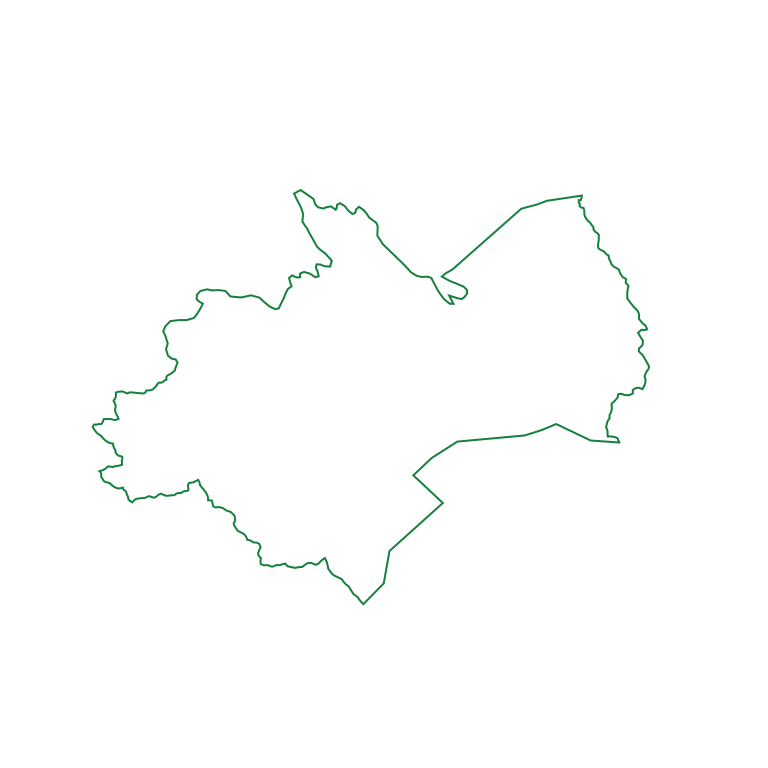 outline of Gua Musang, Kelantan, Malaysia, rotated 138°
{"feature_id": "92858781B67795542247557", "entity_name": "Gua Musang", "entity_type": "district", "adm_level": 2, "iso_a3": "MYS", "parent_name": "Malaysia", "parent_adm1": "Kelantan", "projection": "natural_earth1", "projection_center": [102.158, 5.006], "detail": "fine", "context": "isolated", "style": "outline", "palette": "green", "viewbox_px": 768, "rotation_deg": 138, "n_neighbors": 0, "source": "geoboundaries", "source_scale": "gbopen_adm2", "svg_char_len": 5554}
<svg xmlns="http://www.w3.org/2000/svg" viewBox="0 0 768 768"><g transform="rotate(138 384 384)"><path d="M248.5,182.3L246.8,187.6L247.4,189.1L249.4,192.1L252.8,195.3L249.2,199.8L247.6,203.6L245.6,204.8L242.5,206.9L239.4,207.5L237.3,209.9L234.2,211.1L230.9,213.4L228.3,217.0L224.7,217.0L219.6,217.6L216.5,219.7L214.2,217.9L212.6,214.9L209.5,211.7L205.4,210.5L203.1,213.1L199.5,212.5L196.9,210.5L195.4,207.2L190.0,209.3L186.9,212.0L185.1,215.5L181.3,217.3L177.4,218.2L175.3,219.7L174.6,222.3L172.5,231.8L172.8,237.8L170.7,239.8L167.4,239.8L165.1,240.4L162.5,243.1L162.0,247.0L160.9,252.0L156.3,252.0L155.0,250.2L151.9,248.5L150.6,252.3L151.2,256.5L150.9,261.8L147.8,265.1L146.5,268.6L146.8,274.0L146.5,279.6L146.0,284.7L142.9,288.2L139.8,291.2L136.7,293.3L136.7,297.4L133.9,300.1L135.2,304.2L134.1,309.1L132.9,311.5L133.4,314.0L134.6,316.9L134.9,320.3L133.9,323.1L132.8,326.7L131.1,329.4L132.0,331.7L131.8,335.1L133.4,339.1L133.8,341.6L132.6,343.5L130.6,345.2L128.5,346.9L124.5,351.1L124.5,353.7L125.2,356.0L125.0,358.5L123.4,360.4L123.4,362.5L122.9,365.3L123.1,368.2L123.2,370.8L122.7,373.5L121.7,375.9L119.8,378.0L118.8,379.4L117.9,381.3L119.3,383.0L119.6,385.4L117.9,386.8L117.8,388.9L116.1,390.2L115.0,388.9L112.5,390.2L111.0,391.5L110.9,391.6L140.3,411.1L150.1,415.0L164.7,422.4L256.3,423.3L264.8,425.1L269.2,425.1L266.1,416.4L262.7,409.6L259.7,403.1L259.4,398.6L261.5,395.7L265.8,394.8L269.4,395.1L272.0,398.6L276.4,406.1L278.7,397.1L281.5,399.8L282.6,407.2L282.0,413.2L281.3,417.6L279.7,424.2L277.9,431.0L279.5,434.3L284.4,438.4L287.4,442.6L289.2,449.1L289.2,456.5L289.5,462.5L291.3,488.6L289.7,498.7L283.1,505.5L281.9,509.0L283.6,517.5L282.8,523.1L282.8,526.8L284.0,532.4L287.7,532.4L290.9,530.5L293.7,531.4L294.5,536.5L294.1,542.6L295.7,547.7L298.9,548.6L301.7,546.3L303.3,545.8L304.5,551.4L308.2,553.7L311.8,555.1L314.6,559.3L315.0,563.0L312.6,568.6L313.8,574.1L315.4,580.6L316.2,583.9L323.4,585.7L325.4,579.2L326.7,573.7L327.9,570.0L330.3,564.4L333.5,561.6L335.9,559.3L336.7,555.1L337.1,550.9L338.3,546.8L340.7,536.1L341.9,530.5L341.5,526.3L340.3,519.8L340.3,510.6L345.5,507.3L349.6,511.5L351.2,515.2L354.0,518.0L356.8,516.1L358.0,512.0L360.4,507.8L363.6,509.2L365.2,515.7L368.5,520.8L372.5,522.2L374.9,519.4L377.7,521.7L379.7,526.3L383.7,526.3L385.7,522.2L387.3,518.5L391.8,518.9L395.8,517.5L401.4,514.7L407.4,512.4L411.5,510.6L414.7,512.4L417.1,518.0L418.3,525.9L418.7,531.4L423.5,538.9L432.4,544.0L439.6,551.9L439.6,559.3L444.0,564.4L449.2,568.6L452.1,572.7L458.1,576.0L462.2,575.6L463.3,575.5L466.5,572.3L466.1,568.6L464.9,564.9L469.7,563.0L476.2,561.1L481.0,560.2L487.8,563.5L493.5,568.6L500.7,573.7L507.9,573.2L512.8,570.9L514.4,565.8L517.6,558.8L522.8,555.6L525.6,549.5L524.8,544.9L522.4,541.7L523.2,537.9L528.8,535.2L530.2,534.0L534.3,534.1L537.2,534.7L538.8,535.1L540.3,535.2L541.4,534.6L542.0,533.5L542.9,532.8L544.7,533.5L546.3,533.5L547.6,533.6L549.0,534.3L549.8,535.3L551.2,535.8L552.9,535.4L554.2,535.1L555.5,534.7L556.9,534.8L558.8,534.7L559.6,534.7L562.0,535.8L563.5,536.8L564.5,538.0L565.7,538.1L566.7,537.4L567.7,537.4L569.7,538.4L571.3,540.2L574.4,543.6L577.7,547.2L579.4,548.3L581.0,548.7L581.7,549.8L582.6,552.1L583.6,553.7L586.5,555.9L589.0,557.1L590.3,555.6L590.9,554.7L592.1,553.9L594.2,552.8L595.6,552.7L596.5,552.2L596.5,550.6L597.3,549.4L597.6,547.9L598.6,546.6L600.0,545.8L601.3,544.5L602.3,543.0L603.1,540.7L603.7,538.0L604.6,535.7L608.0,537.1L609.5,539.2L611.0,541.4L612.8,542.8L615.6,545.4L619.7,543.5L621.2,543.5L622.5,544.9L623.7,545.6L625.5,546.6L626.5,547.9L629.3,547.0L629.6,544.9L629.9,542.6L630.1,540.3L629.8,537.8L629.3,536.1L628.9,533.7L629.1,531.6L628.9,528.9L628.3,526.1L627.3,523.6L626.6,522.8L625.3,520.9L626.6,519.2L627.3,517.3L627.8,514.8L629.3,512.6L629.6,510.1L629.3,508.4L628.3,507.2L627.3,505.0L628.4,503.6L630.2,502.5L631.1,501.2L632.7,499.3L634.4,500.0L637.2,501.7L639.1,503.1L640.8,503.4L642.6,505.7L644.2,507.4L647.0,507.4L650.2,508.0L653.7,509.5L653.5,508.8L654.3,506.5L656.3,504.2L656.6,501.7L657.1,499.8L656.9,498.1L655.8,496.4L654.3,494.3L653.8,490.1L653.4,488.4L652.5,485.8L651.0,483.7L649.2,482.7L647.4,481.8L648.2,480.1L647.8,478.2L647.7,476.3L648.8,474.7L649.8,471.1L651.1,469.4L651.1,467.1L650.3,464.5L648.3,464.7L645.9,464.7L644.1,463.9L641.6,462.2L637.3,459.0L635.2,458.6L633.4,457.6L632.2,455.4L630.9,453.3L628.7,452.7L625.3,452.5L623.2,451.7L621.8,448.9L621.0,447.0L618.5,444.9L615.9,443.2L614.3,441.7L611.8,441.5L609.5,440.5L608.0,438.8L605.7,438.6L603.4,437.5L601.4,436.0L600.1,436.2L597.5,440.0L595.3,440.9L593.7,440.0L591.7,438.6L586.3,437.1L586.9,434.5L588.4,431.8L588.6,428.9L588.6,426.9L588.9,422.7L589.9,419.1L590.9,417.2L592.5,415.3L592.0,414.9L589.9,412.6L592.8,407.2L591.7,404.9L588.9,402.8L586.8,399.8L585.8,395.4L583.5,391.5L583.2,385.9L586.1,382.0L588.9,381.1L590.2,378.7L590.9,372.5L588.4,366.3L588.6,362.7L589.9,359.7L587.9,357.1L587.1,353.8L584.8,351.4L583.7,348.8L585.0,345.2L587.9,344.0L590.4,342.8L592.0,340.7L592.0,336.9L594.3,335.1L596.1,332.7L594.8,329.8L591.5,327.1L589.9,323.8L588.6,322.6L585.3,321.5L583.0,319.4L577.6,316.7L577.6,313.1L573.2,306.9L570.1,305.1L567.3,302.8L563.9,302.5L561.1,302.2L557.8,299.8L555.7,295.3L553.1,294.4L548.8,294.7L544.4,294.2L545.4,290.6L547.2,287.0L549.0,284.1L549.5,279.9L549.5,275.8L548.0,272.2L545.9,267.1L546.4,264.5L546.4,260.6L545.7,256.8L546.7,251.7L547.2,248.2L546.4,244.9L546.2,242.5L546.7,240.1L546.7,234.2L517.6,236.0L491.7,256.2L419.9,256.2L423.3,296.5L398.0,297.1L368.0,292.1L314.0,251.7L297.8,244.3L282.8,239.0L268.2,203.7L248.4,183.2L248.5,182.3Z" fill="none" stroke="#15803d" stroke-width="2"/></g></svg>